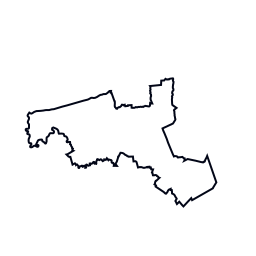 outline of Vinh Loi, Bạc Liêu, Vietnam, rotated 196°
{"feature_id": "81297802B93911642889100", "entity_name": "Vinh Loi", "entity_type": "district", "adm_level": 2, "iso_a3": "VNM", "parent_name": "Vietnam", "parent_adm1": "Bạc Liêu", "projection": "robinson", "projection_center": [105.726, 9.343], "detail": "fine", "context": "isolated", "style": "outline", "palette": "ink", "viewbox_px": 256, "rotation_deg": 196, "n_neighbors": 0, "source": "geoboundaries", "source_scale": "gbopen_adm2", "svg_char_len": 5749}
<svg xmlns="http://www.w3.org/2000/svg" viewBox="0 0 256 256"><g transform="rotate(196 128 128)"><path d="M197.1,130.4L204.4,125.7L206.6,124.8L208.8,123.5L212.1,122.5L214.3,121.4L216.7,120.4L220.7,119.0L222.6,117.6L224.1,115.8L224.9,115.2L225.9,115.2L227.1,115.6L227.9,113.1L227.9,112.2L227.4,111.5L226.6,111.2L226.2,110.9L225.9,110.3L225.7,109.2L226.0,107.0L226.0,106.1L225.6,105.4L224.5,104.5L224.1,104.0L223.2,100.8L223.3,100.3L223.7,99.8L225.6,99.1L225.9,98.6L225.8,98.0L225.5,97.6L225.1,97.3L224.3,97.2L223.5,97.4L223.1,97.2L222.9,96.7L223.4,95.5L223.3,95.0L223.1,94.6L222.8,94.5L221.3,94.6L220.9,94.4L220.6,94.0L220.2,93.1L220.1,92.5L220.4,90.0L220.1,88.5L219.5,87.1L219.0,86.5L218.3,86.3L217.1,86.6L216.8,86.5L216.6,86.2L216.4,85.7L216.4,85.3L216.9,84.0L217.0,83.4L216.9,83.1L216.6,82.7L215.8,82.7L214.8,83.3L213.8,84.6L213.1,85.2L212.2,85.3L210.1,84.9L209.6,85.1L209.2,85.5L209.2,86.4L209.5,86.8L210.1,86.8L211.0,86.3L211.3,86.2L211.7,86.4L211.8,86.8L211.1,91.0L210.8,91.6L210.0,92.2L208.2,93.0L207.6,93.1L207.3,92.9L206.8,91.9L206.4,91.6L205.2,91.4L203.3,90.3L203.1,90.3L202.7,90.6L202.6,91.0L202.6,92.8L203.5,95.9L203.5,96.6L202.3,98.2L202.1,98.7L201.8,100.7L201.5,101.4L201.0,101.7L198.6,102.3L198.3,102.5L198.0,103.1L198.1,104.0L198.5,104.6L199.3,105.2L200.3,105.3L200.7,105.9L200.8,107.0L200.5,107.4L199.9,107.9L197.1,107.6L195.6,107.2L195.0,106.8L194.2,105.9L193.2,103.9L192.8,103.5L190.5,104.3L188.7,104.6L188.0,104.4L187.1,102.9L186.9,102.7L185.4,102.8L184.7,102.6L183.7,101.7L183.2,101.0L182.8,100.3L182.8,99.8L183.3,98.5L183.2,98.0L182.9,97.6L182.2,97.6L180.8,98.4L179.9,98.6L179.3,97.3L179.2,96.4L178.2,96.1L177.7,95.1L177.1,94.5L176.4,94.1L176.2,93.2L175.2,92.9L175.2,92.7L175.5,91.9L175.4,91.1L174.3,91.0L178.9,86.1L179.8,85.6L177.2,84.1L176.6,84.2L175.9,84.0L175.4,84.3L171.2,77.5L169.3,79.4L168.2,78.7L167.8,78.1L167.4,78.8L166.9,78.9L165.4,77.8L165.0,77.3L164.8,76.3L164.6,76.1L164.3,76.0L164.0,76.1L163.9,76.3L163.9,76.7L164.2,77.3L164.1,77.7L163.5,77.9L162.7,78.4L161.9,79.1L161.6,79.1L161.3,78.9L161.1,78.3L160.9,78.2L160.3,78.7L160.3,79.2L160.1,79.4L159.3,79.8L158.3,78.8L158.1,78.0L157.7,78.2L157.4,78.4L157.4,78.7L158.4,80.2L158.0,81.2L157.8,81.4L157.3,81.4L155.9,80.7L155.0,81.5L154.4,81.5L154.2,81.7L154.2,82.4L154.3,82.6L154.9,83.0L155.0,83.3L154.4,83.6L153.5,83.5L153.1,83.6L152.5,84.2L152.1,85.4L151.7,85.9L151.2,86.0L150.8,85.8L150.7,85.6L150.6,84.8L150.3,84.5L149.6,84.8L148.7,84.8L148.7,85.4L149.1,86.2L149.2,86.7L149.2,87.6L148.9,88.4L149.1,89.2L149.0,89.5L148.9,89.6L148.3,89.7L147.4,89.3L146.5,89.3L145.9,90.2L145.4,90.4L144.5,90.2L144.2,89.8L143.1,89.2L142.2,90.2L142.2,91.3L140.6,91.2L140.0,93.1L138.1,91.7L137.9,92.4L135.3,92.5L134.8,92.2L134.6,91.8L134.5,91.0L134.2,90.4L133.6,90.1L132.6,90.4L132.1,90.0L131.2,88.2L131.2,87.7L128.2,88.5L130.1,90.0L129.5,92.7L129.4,96.6L129.6,97.6L129.5,97.9L129.2,97.9L128.4,102.1L126.9,102.4L125.9,102.4L124.7,102.1L123.0,101.3L121.8,101.3L120.9,100.7L119.7,100.8L119.5,100.6L115.4,101.9L113.5,97.4L111.8,98.1L111.4,98.1L110.4,97.6L107.5,92.8L105.7,93.8L105.4,93.7L104.4,94.1L102.3,94.0L101.6,94.1L99.4,95.3L98.5,95.5L98.7,95.9L96.7,96.7L96.4,96.1L96.1,96.2L95.9,95.9L95.2,96.3L94.3,94.7L92.5,95.1L92.7,91.7L91.9,91.3L91.8,90.9L91.0,89.4L90.1,89.6L88.9,90.3L87.6,90.4L87.2,90.2L86.9,89.8L85.5,89.5L85.0,88.7L84.1,88.7L86.3,85.0L86.7,84.9L86.9,84.3L87.0,83.3L86.7,82.2L87.0,81.1L85.2,80.5L85.3,79.3L75.9,76.3L74.5,75.5L74.3,75.6L73.4,75.3L73.2,75.5L72.4,77.6L72.3,78.7L71.8,79.9L70.2,81.3L69.8,80.1L68.8,80.4L68.2,79.0L67.6,77.2L65.8,76.9L64.7,76.3L63.4,74.9L61.8,73.6L61.7,73.4L62.3,70.9L61.2,69.8L60.3,68.7L60.0,68.4L58.4,71.3L54.8,68.9L53.1,67.9L50.1,73.8L47.9,78.0L46.5,76.3L29.8,93.4L29.8,93.9L28.1,100.1L44.2,123.0L44.4,121.1L44.7,120.0L45.0,118.2L45.0,117.0L45.2,116.7L46.1,116.4L46.3,116.1L46.1,115.8L46.3,115.6L48.4,115.4L54.0,115.2L62.1,114.6L64.8,112.1L64.7,112.6L65.1,113.6L65.2,114.4L66.3,114.4L67.7,115.2L69.7,114.3L70.7,114.0L71.8,113.4L72.1,113.4L72.6,114.0L72.8,114.1L73.9,114.2L75.3,113.9L76.0,113.3L77.7,115.2L85.5,125.0L87.8,128.3L91.6,133.1L93.3,135.1L94.7,137.1L86.0,144.7L84.9,148.5L84.8,149.1L84.9,149.6L85.5,150.5L85.8,151.3L86.7,152.9L86.8,153.5L87.5,155.1L87.9,156.5L88.7,157.7L88.6,158.3L86.9,160.7L91.6,162.3L92.2,163.3L93.7,167.7L94.0,169.8L94.4,170.2L94.4,171.4L94.1,171.8L94.1,172.4L94.4,173.0L95.2,173.7L95.3,174.0L95.3,174.6L95.4,175.4L94.8,176.6L94.9,177.3L95.2,178.1L95.9,178.8L96.3,180.1L96.4,181.0L96.6,181.7L96.6,182.7L96.9,184.7L97.0,185.0L97.6,185.5L97.9,186.0L98.0,187.2L98.3,188.0L98.5,188.1L101.3,186.9L102.1,185.9L102.8,186.0L103.4,185.5L104.1,185.3L105.5,185.6L106.2,184.0L106.3,183.7L109.1,182.7L108.1,178.5L118.4,174.4L117.9,173.9L117.5,172.7L117.5,172.1L116.9,171.1L117.1,170.0L116.6,169.4L116.5,168.7L116.1,168.3L116.2,167.4L115.1,166.5L114.9,165.7L114.6,165.2L114.7,163.8L114.4,162.4L114.0,161.4L111.4,158.2L112.4,157.9L113.6,158.1L113.1,155.6L113.2,155.1L113.7,154.5L117.6,154.0L118.0,153.5L118.6,153.2L119.3,152.4L119.8,152.5L120.8,152.0L121.8,151.9L122.9,151.3L123.9,151.1L125.0,150.3L126.2,150.3L127.2,149.3L128.9,148.7L130.1,148.5L130.9,151.0L134.3,149.8L134.2,149.2L136.5,148.2L136.7,148.6L137.6,148.5L137.7,149.4L139.0,148.8L140.0,148.8L140.3,148.7L140.6,147.3L141.6,145.8L141.9,145.6L142.4,145.6L143.3,144.7L143.6,144.4L143.8,143.5L144.6,143.4L145.5,144.2L146.2,144.5L146.8,145.4L147.5,148.3L148.1,150.0L148.4,150.0L148.6,150.3L153.4,157.0L153.5,156.9L154.0,157.6L154.5,157.3L154.8,157.7L154.6,157.9L154.6,158.9L155.3,158.7L155.9,158.5L156.3,158.0L157.3,156.2L158.5,154.7L159.1,154.4L161.0,153.8L162.3,152.8L163.5,152.3L164.5,151.4L166.4,149.2L168.0,147.9L169.2,147.4L171.1,147.1L171.8,146.8L173.9,144.7L174.7,144.1L178.5,141.9L192.7,133.0L197.1,130.4Z" fill="none" stroke="#020617" stroke-width="2"/></g></svg>